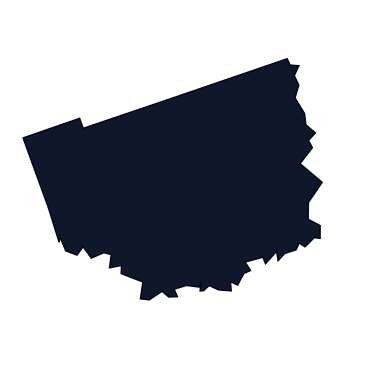 Daviess, Indiana, United States of America (Robinson projection), rotated 251°
{"feature_id": "52423323B20266765570331", "entity_name": "Daviess", "entity_type": "district", "adm_level": 2, "iso_a3": "USA", "parent_name": "United States of America", "parent_adm1": "Indiana", "projection": "robinson", "projection_center": [-87.15, 38.698], "detail": "fine", "context": "isolated", "style": "filled", "palette": "ink", "viewbox_px": 384, "rotation_deg": 251, "n_neighbors": 0, "source": "geoboundaries", "source_scale": "gbopen_adm2", "svg_char_len": 913}
<svg xmlns="http://www.w3.org/2000/svg" viewBox="0 0 384 384"><g transform="rotate(251 192 192)"><path d="M187.8,50.0L192.4,52.6L177.4,53.5L169.8,62.8L175.8,71.2L162.3,75.3L163.4,88.7L159.2,95.3L147.2,89.4L145.5,101.5L137.9,98.5L122.9,116.3L107.8,108.5L104.0,116.5L107.9,131.3L100.3,135.9L97.8,144.1L105.9,143.4L105.5,156.3L99.4,168.7L103.7,170.9L95.8,167.5L95.0,170.9L98.0,177.9L90.9,185.1L85.8,196.9L94.7,199.1L89.2,204.8L98.1,214.4L98.8,221.8L108.5,219.3L107.3,237.8L100.3,238.2L108.4,252.7L99.1,251.1L103.7,259.6L103.5,271.6L108.9,276.7L103.4,281.0L109.1,292.8L106.5,298.0L118.5,302.2L128.4,292.9L144.3,298.7L158.8,318.2L183.6,303.3L194.7,320.2L202.9,318.9L207.7,327.9L218.4,321.5L229.6,323.9L247.4,320.0L258.3,327.7L268.8,326.6L276.6,334.1L280.0,326.1L287.0,325.3L287.2,200.3L287.6,109.9L298.2,109.7L298.2,87.6L298.1,49.9L223.7,51.1L187.8,50.0Z" fill="#0f172a" stroke="#020617" stroke-width="1.5"/></g></svg>